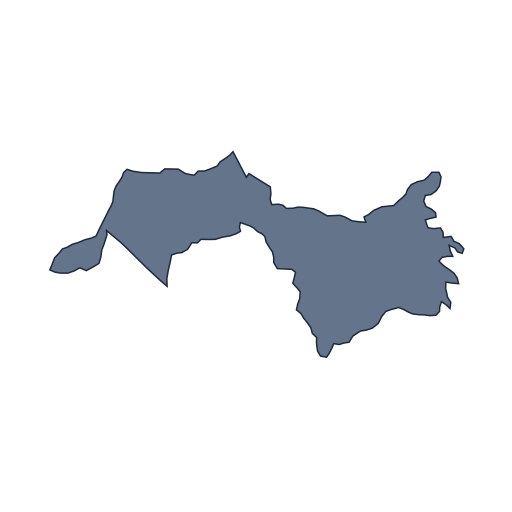 the district of Vargeão, Santa Catarina, Brazil, rotated 76°
{"feature_id": "56859067B23018615290529", "entity_name": "Vargeão", "entity_type": "district", "adm_level": 2, "iso_a3": "BRA", "parent_name": "Brazil", "parent_adm1": "Santa Catarina", "projection": "orthographic", "projection_center": [-52.122, -26.799], "detail": "fine", "context": "isolated", "style": "filled", "palette": "slate", "viewbox_px": 512, "rotation_deg": 76, "n_neighbors": 0, "source": "geoboundaries", "source_scale": "gbopen_adm2", "svg_char_len": 2681}
<svg xmlns="http://www.w3.org/2000/svg" viewBox="0 0 512 512"><g transform="rotate(76 256 256)"><path d="M244.2,141.7L249.8,141.3L247.7,147.7L245.2,154.2L240.0,159.9L236.8,164.7L235.4,171.8L234.2,177.2L230.8,180.8L227.6,184.1L224.1,188.7L222.1,193.8L220.1,198.7L218.7,203.6L218.6,208.6L217.1,215.1L213.2,217.7L211.2,221.6L209.9,228.3L204.6,228.6L199.0,226.4L192.4,225.4L174.3,242.9L177.3,246.3L149.2,253.1L151.6,256.6L153.5,261.2L155.8,267.8L159.2,271.7L160.3,278.1L161.1,285.4L159.6,291.6L162.7,296.5L159.0,304.5L152.9,310.4L149.4,323.4L152.2,329.3L147.5,346.3L144.0,354.9L140.7,360.1L142.9,364.2L147.0,366.9L150.7,370.7L154.0,374.6L158.6,378.0L168.7,381.8L172.3,384.5L175.8,387.7L192.8,402.2L197.9,406.3L198.8,411.3L198.8,417.8L199.9,425.2L200.2,431.3L201.9,437.4L202.3,442.1L205.1,445.7L209.1,451.9L214.7,455.8L219.6,459.4L223.0,455.0L225.4,449.6L227.1,442.7L226.5,436.0L224.8,429.9L229.1,424.2L226.9,415.6L225.2,410.2L219.5,406.8L212.7,404.1L207.6,400.5L203.0,397.7L199.5,395.5L195.1,394.9L209.9,384.1L216.9,379.6L241.1,364.9L256.9,354.6L263.9,349.6L256.4,348.0L248.7,344.6L241.1,340.7L234.6,337.7L234.1,331.9L234.8,327.0L232.9,320.7L227.6,315.0L229.1,309.6L226.5,305.4L228.3,298.8L230.0,291.6L229.6,283.9L230.2,276.3L229.6,269.9L228.3,265.1L224.0,265.1L219.8,263.1L222.2,259.4L225.1,255.0L228.3,251.3L232.6,248.7L235.7,245.0L239.2,242.7L244.8,242.8L249.9,241.3L255.8,239.1L261.4,239.1L266.7,240.4L273.4,238.4L275.6,231.0L277.7,224.4L281.2,221.6L286.5,224.2L291.4,226.9L296.4,224.1L301.4,221.8L307.8,223.8L312.8,227.2L318.0,229.8L322.9,226.2L328.1,224.7L332.2,222.7L339.2,220.1L344.7,220.1L349.7,216.9L355.7,218.5L363.2,219.3L368.7,217.6L371.3,212.0L367.7,208.1L363.7,204.6L359.8,201.7L362.0,196.8L361.7,191.5L362.2,186.6L357.1,181.4L354.1,172.9L354.6,166.7L354.1,160.6L351.1,153.8L345.1,148.6L341.2,143.5L340.6,137.9L340.5,130.0L344.1,125.1L347.4,121.6L350.0,118.2L352.2,112.6L353.9,106.8L355.9,101.9L357.0,95.7L354.1,91.3L350.0,90.1L345.2,87.1L349.3,83.3L353.9,80.5L348.1,78.2L342.4,80.1L338.2,79.9L333.7,79.9L327.3,78.1L329.7,72.2L331.9,66.1L326.0,66.1L320.7,68.0L315.9,71.8L310.8,76.3L305.2,79.8L302.4,75.9L302.6,70.8L303.9,65.2L298.0,66.3L292.3,66.0L296.4,61.0L300.9,59.4L303.3,55.3L299.3,52.6L293.1,55.8L289.6,60.4L284.2,61.9L283.3,69.7L278.1,68.8L273.4,70.2L272.4,77.1L270.2,82.4L261.9,83.0L261.7,77.7L261.8,71.9L257.3,71.3L252.7,74.7L249.2,79.0L243.3,80.0L238.3,77.1L238.7,71.2L236.4,65.5L232.6,61.2L228.2,59.0L223.8,57.3L219.0,58.3L217.3,65.1L220.8,70.0L223.1,74.4L223.0,81.3L224.3,88.1L228.0,92.8L232.1,95.5L234.7,99.6L236.8,104.1L240.4,110.2L239.6,115.7L238.7,121.9L240.2,130.7L243.1,136.9L244.2,141.7Z" fill="#64748b" stroke="#1e293b" stroke-width="1.5"/></g></svg>